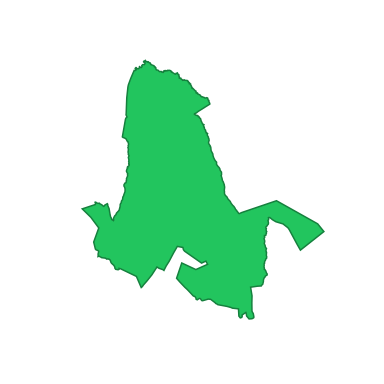 Narok North, Rift Valley, Kenya, rotated 160°
{"feature_id": "3690345B19794245895997", "entity_name": "Narok North", "entity_type": "district", "adm_level": 2, "iso_a3": "KEN", "parent_name": "Kenya", "parent_adm1": "Rift Valley", "projection": "robinson", "projection_center": [35.859, -0.842], "detail": "fine", "context": "isolated", "style": "filled", "palette": "green", "viewbox_px": 384, "rotation_deg": 160, "n_neighbors": 0, "source": "geoboundaries", "source_scale": "gbopen_adm2", "svg_char_len": 6097}
<svg xmlns="http://www.w3.org/2000/svg" viewBox="0 0 384 384"><g transform="rotate(160 192 192)"><path d="M272.4,119.6L271.0,120.1L269.5,121.2L265.1,123.6L258.0,127.9L250.6,133.5L249.0,131.5L245.9,129.0L245.2,127.9L241.6,131.3L237.3,134.6L230.1,141.1L224.4,145.9L219.5,143.0L219.8,140.7L219.2,138.9L207.3,121.9L202.6,122.3L202.1,118.7L214.9,117.8L225.9,128.8L236.0,116.2L234.3,111.8L231.3,104.9L229.8,102.0L226.3,93.8L225.1,92.9L224.8,92.0L224.6,90.6L224.8,89.7L223.9,88.9L221.7,89.5L221.0,89.3L220.5,88.5L220.0,86.7L219.2,86.2L213.4,85.8L211.2,84.8L208.1,80.0L207.9,79.2L207.1,78.5L206.3,77.3L198.2,72.5L194.7,70.0L193.9,69.1L188.3,66.3L190.4,59.3L189.7,57.2L188.2,57.1L187.5,57.7L187.0,59.3L182.6,60.4L182.6,59.3L183.1,56.8L181.8,53.2L179.4,52.5L178.3,52.4L176.9,52.8L176.5,53.8L176.0,56.8L176.4,58.9L176.3,59.8L173.7,67.3L171.1,73.9L169.5,82.5L162.7,81.1L159.0,80.0L157.7,81.0L157.1,81.1L155.5,83.5L155.0,84.8L153.8,86.4L152.5,87.1L151.8,87.9L149.8,88.3L149.7,88.5L149.4,89.4L149.7,90.3L149.7,93.0L150.1,94.3L150.5,94.6L150.0,95.9L150.0,96.9L149.2,98.5L148.9,99.8L148.0,100.4L147.9,101.2L147.4,101.9L146.1,103.0L145.5,103.9L144.6,104.2L143.9,105.7L143.9,106.9L142.6,109.8L142.8,110.1L142.6,110.4L142.7,111.2L141.8,113.0L141.4,113.2L141.4,113.7L141.9,114.8L141.6,116.5L141.7,119.0L140.7,120.3L140.3,121.7L140.3,123.6L139.2,124.5L139.1,125.7L138.8,126.3L138.2,126.0L137.3,126.2L136.6,127.5L136.3,127.6L136.0,128.2L136.0,128.9L135.3,129.3L135.5,130.2L135.3,131.2L134.6,132.3L134.9,132.9L134.7,133.6L134.5,133.9L133.2,134.4L132.1,135.3L131.3,135.7L130.7,136.8L130.3,139.4L129.7,139.6L129.2,140.4L128.9,141.8L128.6,141.8L127.5,141.3L125.9,138.5L123.4,135.4L117.4,130.9L114.1,125.6L113.5,123.4L111.2,107.4L110.0,100.3L81.6,109.7L84.8,119.1L115.6,154.9L152.4,155.7L155.0,155.5L155.5,156.0L155.9,157.7L156.3,158.3L156.3,159.4L157.0,160.6L157.1,162.1L157.6,164.2L158.3,165.5L159.1,168.0L159.3,170.1L160.6,173.2L160.9,175.6L161.7,177.1L162.1,178.7L161.8,180.2L161.4,181.0L161.1,182.5L159.7,185.3L159.4,186.6L159.4,187.4L159.2,187.7L159.2,191.2L159.5,192.2L159.1,194.7L159.0,197.5L158.7,197.6L158.2,198.4L157.5,200.6L157.9,201.8L158.1,203.3L157.9,204.3L158.2,205.8L158.8,207.1L159.5,209.6L158.7,211.6L159.5,213.6L159.9,216.6L159.8,219.1L159.4,220.6L159.9,224.3L159.0,227.9L159.4,228.5L159.1,229.2L159.6,231.1L159.7,232.3L159.1,233.7L158.4,234.3L157.9,236.2L158.1,236.5L158.1,237.3L157.8,237.9L158.2,239.7L157.8,241.4L157.4,241.6L157.7,242.2L158.4,242.6L158.4,243.0L158.2,243.3L158.5,244.3L158.1,245.4L158.7,246.9L158.3,248.8L158.7,249.2L158.3,250.4L158.5,251.1L157.9,251.3L158.6,252.1L158.9,253.2L158.9,254.4L159.1,255.2L158.9,258.1L159.5,258.9L159.6,260.1L160.3,260.6L160.3,261.6L161.1,262.3L161.7,262.5L162.5,263.3L163.1,264.4L162.8,264.7L161.0,264.8L158.6,265.6L145.2,268.5L145.0,269.2L145.2,271.8L144.9,272.0L144.9,272.4L145.2,272.6L145.4,273.8L145.2,274.1L145.2,275.0L145.9,275.6L146.2,275.5L147.7,275.9L148.5,277.0L148.9,277.0L149.8,278.0L150.2,278.0L150.8,278.7L151.0,279.0L150.9,279.7L151.5,280.7L151.9,281.0L152.8,282.1L153.1,282.2L153.0,283.2L153.8,283.3L154.2,283.7L153.9,284.7L154.0,285.0L153.8,285.4L154.3,285.9L156.0,289.6L156.3,289.4L156.5,289.6L156.3,291.6L156.6,292.7L156.4,294.1L157.5,294.6L157.4,295.2L157.2,295.0L157.0,295.4L157.9,296.7L158.0,297.1L157.7,297.3L158.3,298.4L160.7,299.5L160.8,299.9L161.1,300.2L161.8,299.9L162.6,300.1L162.9,301.1L163.6,302.0L163.5,302.7L163.8,303.0L164.4,302.9L165.0,303.4L164.5,304.7L164.8,305.7L164.2,306.3L164.4,307.0L165.0,307.7L165.0,308.8L165.4,308.7L166.2,309.0L167.1,308.3L167.8,308.8L169.5,311.0L170.0,311.4L169.8,311.8L170.0,312.2L170.3,311.9L170.5,312.2L170.7,313.4L172.0,314.3L173.3,314.3L173.5,314.7L174.4,314.5L175.5,315.2L176.0,314.8L176.4,314.9L176.4,315.4L176.7,315.5L177.4,315.2L177.6,314.6L178.1,314.2L178.4,314.3L178.6,314.8L179.3,314.9L179.6,315.7L181.4,316.3L182.4,318.2L183.7,318.9L183.8,320.2L183.5,321.0L184.0,321.4L183.9,322.3L184.5,322.6L184.5,323.6L187.0,325.8L186.9,326.1L187.2,326.3L187.1,327.5L188.0,328.1L188.5,329.3L188.8,329.5L189.4,329.3L189.9,330.1L190.5,330.4L190.8,330.9L190.9,331.6L191.5,331.4L192.5,331.4L193.0,330.9L192.8,330.4L192.1,330.1L192.0,329.8L192.1,329.0L192.8,328.3L193.2,328.0L194.3,328.5L195.0,328.5L196.0,327.9L196.1,326.9L197.0,326.3L197.6,326.5L198.4,327.8L198.6,327.7L198.9,326.8L200.0,326.1L201.2,326.6L201.5,326.9L201.9,328.0L202.1,328.1L203.1,327.6L203.2,327.2L203.0,326.9L202.3,326.4L202.5,326.0L204.2,325.6L204.8,326.0L210.7,319.7L215.1,314.5L216.3,312.6L221.1,302.8L227.4,287.3L227.6,287.1L227.4,284.7L228.9,284.0L229.6,283.2L238.6,267.6L238.0,266.6L237.2,266.2L235.8,264.4L235.4,261.5L235.0,261.3L235.2,258.6L236.2,257.3L236.1,256.9L236.4,256.2L237.0,255.8L237.1,253.8L237.5,253.4L238.0,251.9L238.4,251.6L238.6,249.9L239.0,249.3L238.8,247.6L240.0,246.3L240.3,244.0L240.7,242.8L241.2,242.1L241.0,241.4L241.8,240.3L241.9,239.7L241.5,239.5L241.6,239.1L242.0,238.5L242.9,238.0L243.9,237.8L244.3,237.2L244.0,237.0L244.1,236.7L245.0,236.1L246.1,234.7L246.5,234.0L246.4,232.5L246.1,231.3L246.5,230.9L246.8,229.6L247.3,228.8L249.0,227.0L249.5,225.4L250.1,224.9L250.1,224.5L250.8,223.3L252.0,223.3L253.5,222.0L253.9,220.8L253.7,219.6L253.8,217.9L254.8,215.3L257.0,212.7L257.6,211.8L258.7,210.9L259.9,208.6L261.4,207.6L262.2,206.1L263.0,205.6L263.7,204.9L264.5,203.0L266.8,199.7L270.3,197.9L271.1,196.8L273.0,195.9L274.8,194.1L275.2,193.1L275.1,192.5L275.6,192.0L276.9,193.7L276.7,194.9L277.0,196.3L276.6,199.4L275.6,204.7L275.8,208.0L275.4,209.3L275.6,210.0L278.5,209.5L279.7,208.6L280.0,208.7L281.2,210.9L282.7,212.5L282.8,213.1L284.4,213.6L285.6,214.7L285.9,215.4L286.3,215.5L286.6,215.5L286.6,214.1L287.2,213.3L300.9,213.7L295.7,202.8L291.9,190.1L301.5,178.6L302.3,171.4L302.0,171.1L302.0,170.6L300.3,169.0L300.0,168.1L301.5,165.8L301.8,164.6L302.4,163.5L301.4,163.5L300.0,162.1L299.5,161.3L295.9,159.4L295.1,158.1L294.2,158.0L293.7,157.6L293.3,157.6L292.8,157.1L292.2,156.1L292.2,153.4L291.9,152.4L290.6,149.9L290.4,149.1L290.2,148.0L290.5,146.8L290.2,145.5L288.0,144.2L287.0,144.3L286.7,145.2L285.5,144.4L273.1,131.7L272.4,119.6Z" fill="#22c55e" stroke="#15803d" stroke-width="1.5"/></g></svg>